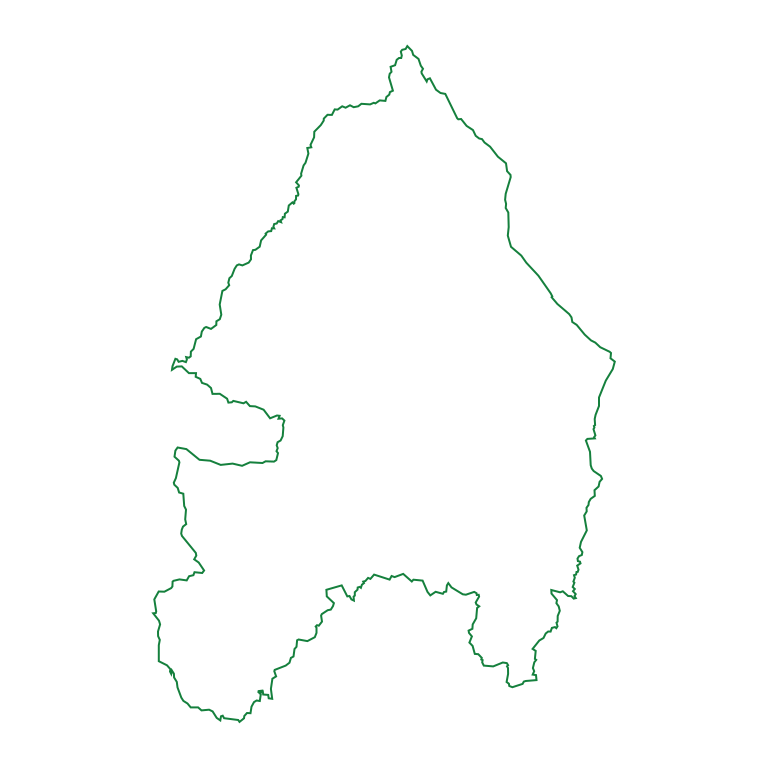 Wonosobo, Jawa Tengah, Indonesia (Natural Earth projection)
{"feature_id": "22746128B92173297199140", "entity_name": "Wonosobo", "entity_type": "district", "adm_level": 2, "iso_a3": "IDN", "parent_name": "Indonesia", "parent_adm1": "Jawa Tengah", "projection": "natural_earth1", "projection_center": [109.905, -7.4], "detail": "fine", "context": "isolated", "style": "outline", "palette": "green", "viewbox_px": 768, "rotation_deg": 0, "n_neighbors": 0, "source": "geoboundaries", "source_scale": "gbopen_adm2", "svg_char_len": 6097}
<svg xmlns="http://www.w3.org/2000/svg" viewBox="0 0 768 768"><path d="M173.8,482.7L174.3,484.7L177.7,487.9L179.1,492.5L183.3,493.7L184.2,506.0L186.0,509.6L185.2,519.4L186.2,524.1L183.0,526.6L181.8,529.6L181.2,533.6L182.0,536.0L195.8,552.9L196.3,555.6L194.2,559.3L198.7,562.5L204.1,570.5L202.2,573.0L194.5,572.2L193.4,575.2L189.1,576.2L186.7,580.4L179.5,579.4L173.6,580.8L172.6,581.6L172.4,586.5L171.2,588.1L164.4,591.7L158.7,591.5L154.3,599.4L156.2,611.4L155.8,613.0L153.2,613.3L159.0,620.7L160.1,624.4L158.0,631.5L158.1,636.1L159.8,639.9L158.8,645.2L158.8,661.2L167.0,665.3L170.4,669.2L170.0,671.5L171.2,673.9L171.9,670.5L173.9,673.7L174.1,677.5L176.8,681.9L177.5,687.4L181.3,697.6L183.4,700.9L187.5,703.5L190.7,707.4L198.1,707.4L201.5,710.4L209.1,709.7L212.6,711.4L216.7,717.9L220.3,720.4L221.0,716.3L222.7,715.7L224.1,718.2L238.2,720.0L239.5,721.9L244.0,718.3L244.3,716.0L247.0,713.0L250.5,713.2L251.5,706.7L254.0,702.1L256.6,700.5L259.8,701.0L260.8,694.2L258.4,692.1L258.6,691.1L261.7,690.7L260.9,692.4L262.8,691.5L263.2,694.5L268.2,694.9L268.7,698.3L272.2,698.8L270.9,688.9L272.4,678.7L276.1,676.4L274.3,671.2L274.7,669.9L285.7,665.6L289.5,662.7L290.9,657.9L293.5,656.5L294.5,649.0L296.5,646.8L297.1,640.3L298.6,639.5L307.4,641.1L314.8,637.2L316.5,632.9L316.5,627.7L315.7,626.5L317.0,625.2L318.8,625.7L322.0,621.6L321.1,615.6L321.8,614.1L327.7,610.2L330.8,609.6L333.0,606.1L333.9,603.1L326.8,596.4L326.4,589.8L341.7,585.4L347.3,596.4L349.5,596.0L351.4,599.4L353.9,600.6L353.6,596.6L354.8,595.6L354.8,592.2L357.5,589.7L357.7,587.5L359.7,586.9L360.9,587.8L361.9,584.7L364.0,583.1L363.2,581.6L365.4,581.0L368.1,577.9L370.4,578.9L374.1,574.6L389.6,579.6L391.6,576.0L394.6,577.1L403.2,573.9L411.8,581.5L413.4,579.7L422.6,580.6L427.5,591.9L430.3,595.4L435.6,591.8L442.9,593.8L444.0,592.0L446.2,591.6L446.9,585.4L448.3,583.1L451.5,587.4L462.8,594.3L465.9,594.7L474.2,591.9L476.5,593.2L476.8,595.0L478.7,594.8L479.1,596.6L475.7,602.5L476.5,604.5L479.2,606.3L477.1,608.0L476.2,618.3L472.7,624.4L472.4,628.8L468.6,630.6L469.0,632.9L471.9,636.4L469.4,642.6L472.6,645.9L474.8,653.9L478.3,654.2L481.8,657.9L481.3,659.5L482.6,660.1L482.2,662.4L483.8,665.6L493.2,666.4L502.8,662.5L506.8,663.1L508.1,665.2L507.0,666.3L508.0,668.0L508.1,673.9L506.6,682.0L508.9,683.7L509.3,686.0L512.4,687.2L522.6,683.9L523.8,681.6L525.7,681.0L536.5,680.1L536.0,675.1L532.7,674.6L534.2,671.2L532.9,668.1L534.3,662.3L536.2,659.9L534.9,658.9L535.7,650.9L532.6,648.9L539.3,640.5L543.5,638.0L545.7,633.5L548.2,631.5L550.6,631.6L551.9,627.9L555.0,627.1L556.3,628.2L557.5,626.4L556.5,622.7L557.6,621.6L557.7,616.0L559.8,610.8L558.7,606.4L556.4,603.2L557.0,600.1L551.5,593.6L551.3,590.0L560.1,592.3L562.8,591.3L568.1,596.0L571.4,596.2L573.7,598.6L575.8,598.1L574.5,596.1L575.7,594.1L573.0,591.2L574.8,589.0L572.7,587.0L574.4,582.7L573.4,581.6L574.8,577.7L574.0,575.2L576.1,574.5L576.5,572.0L577.7,571.9L578.5,569.7L577.2,565.6L580.5,563.4L580.0,561.7L577.9,561.1L577.5,558.6L579.0,556.2L581.8,555.0L582.4,552.1L579.7,547.8L581.0,541.9L586.8,530.4L584.2,515.5L586.7,511.4L586.5,507.8L588.5,505.0L588.8,502.1L590.7,498.8L594.8,495.9L594.5,490.2L598.6,486.5L599.6,481.8L602.1,478.9L600.9,476.0L593.7,471.1L591.8,468.6L590.7,465.2L590.0,451.8L585.9,440.5L587.4,438.9L594.8,438.4L594.1,437.2L595.4,435.4L593.5,429.1L594.4,427.6L593.9,426.0L595.1,425.1L594.7,419.0L595.6,414.8L599.0,406.0L599.0,397.5L605.8,380.6L612.8,369.0L614.8,361.6L610.5,358.3L611.0,353.0L609.7,351.8L600.2,347.2L595.3,342.6L591.0,340.4L584.7,334.6L576.7,324.9L572.3,322.0L571.5,317.4L569.2,314.1L557.4,304.0L551.6,297.2L552.3,296.4L550.7,293.3L538.4,275.7L526.3,262.7L521.3,255.6L511.0,246.8L507.8,235.6L508.7,227.1L508.3,212.5L505.7,208.0L506.1,203.9L505.1,199.8L505.7,193.8L510.7,177.1L510.5,174.9L507.1,171.2L506.0,163.3L497.9,156.7L490.1,146.7L484.5,142.5L482.0,139.1L479.2,138.5L475.7,135.8L473.0,130.1L466.6,125.9L461.1,119.0L458.3,119.3L457.2,118.3L445.3,93.9L440.5,93.0L436.0,89.7L429.9,78.3L427.5,79.3L426.7,81.5L421.7,73.4L421.4,71.7L423.0,68.8L420.8,65.7L418.5,58.9L413.2,54.9L412.0,50.9L407.3,46.1L405.6,49.0L402.2,49.8L400.8,51.6L401.8,55.5L401.2,58.0L399.0,58.0L396.7,59.8L395.1,65.2L390.6,66.8L391.5,71.8L389.7,73.8L389.0,77.4L392.9,90.7L389.9,92.1L389.3,94.6L386.4,97.0L385.4,100.9L379.7,100.4L375.4,103.4L373.8,102.8L370.1,104.4L361.4,103.8L358.2,106.3L353.7,107.2L350.0,105.3L345.6,107.7L342.2,106.3L337.6,109.6L334.7,109.4L331.9,114.9L327.5,114.8L323.8,118.6L323.7,120.6L320.8,125.1L314.3,131.7L314.1,137.3L310.5,144.9L311.3,147.3L307.3,148.0L308.4,153.6L305.5,162.8L303.6,165.4L301.1,173.7L301.4,175.7L296.1,182.3L298.9,185.4L298.7,186.7L296.4,187.8L298.4,194.2L298.1,195.5L296.1,195.9L296.0,199.3L294.3,201.5L294.4,203.1L293.7,203.7L292.4,202.4L288.8,205.5L287.8,211.6L284.9,213.7L284.6,217.3L282.8,217.1L282.5,219.1L280.5,220.4L281.1,222.2L278.2,221.1L276.7,223.5L274.2,224.0L273.4,226.8L274.2,228.4L271.9,228.3L271.2,231.1L268.2,231.4L265.6,233.6L266.1,234.7L261.1,240.4L259.7,246.7L255.4,249.8L253.0,250.1L250.9,255.5L251.0,259.3L248.7,262.6L242.4,265.4L239.0,264.4L236.8,265.4L234.6,268.8L231.8,276.0L229.4,278.2L228.3,282.7L229.2,285.2L225.6,289.3L222.4,290.9L219.7,304.5L221.3,314.7L219.8,319.2L216.4,321.3L216.3,325.0L211.0,328.9L206.1,327.0L204.4,327.8L201.8,331.6L200.9,336.5L196.1,339.2L193.6,348.9L190.9,351.6L190.7,356.4L188.9,357.7L186.2,357.1L186.9,359.5L185.9,362.1L182.4,360.9L178.6,361.8L177.2,359.4L175.4,358.8L172.5,366.2L172.0,369.8L176.8,366.6L181.8,366.4L188.9,373.1L196.0,373.1L195.7,376.8L200.3,378.9L202.0,382.9L207.1,384.6L211.0,388.0L212.5,393.9L219.8,393.8L227.1,398.7L228.4,402.6L231.8,402.3L233.3,400.9L243.5,403.3L246.1,401.8L249.9,406.1L255.3,406.4L263.6,409.7L270.1,418.3L277.0,415.5L279.6,415.8L278.5,418.7L282.1,418.4L284.4,420.6L282.8,425.2L283.4,427.5L282.7,436.2L280.6,440.5L277.6,442.2L276.7,445.3L277.7,448.1L276.5,451.2L278.0,453.1L276.3,460.1L274.0,461.6L265.6,461.3L262.5,463.0L250.0,462.3L242.1,465.8L232.6,463.6L220.7,464.9L210.2,460.7L199.5,459.8L186.4,449.1L177.6,447.5L175.4,450.6L174.5,456.7L178.9,460.7L179.4,462.4L175.9,478.1L173.8,482.7Z" fill="none" stroke="#15803d" stroke-width="2"/></svg>